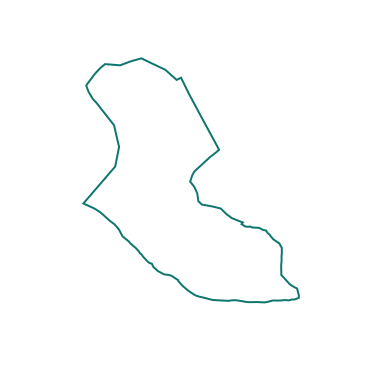 outline of Funakaye, Gombe, Nigeria, rotated 128°
{"feature_id": "59680162B83394095212312", "entity_name": "Funakaye", "entity_type": "district", "adm_level": 2, "iso_a3": "NGA", "parent_name": "Nigeria", "parent_adm1": "Gombe", "projection": "natural_earth1", "projection_center": [11.4, 10.81], "detail": "fine", "context": "isolated", "style": "outline", "palette": "teal", "viewbox_px": 384, "rotation_deg": 128, "n_neighbors": 0, "source": "geoboundaries", "source_scale": "gbopen_adm2", "svg_char_len": 2180}
<svg xmlns="http://www.w3.org/2000/svg" viewBox="0 0 384 384"><g transform="rotate(128 192 192)"><path d="M245.5,82.1L244.2,79.9L238.0,72.1L235.9,69.0L234.2,66.7L231.8,64.6L228.0,61.8L224.7,57.5L221.6,53.9L220.0,52.3L217.7,48.9L215.4,47.2L213.3,44.8L212.2,44.2L209.6,42.7L208.2,43.7L208.0,43.8L203.4,49.7L204.4,55.7L204.4,58.7L203.1,66.0L202.4,70.5L198.0,74.1L194.6,76.8L191.0,79.1L187.1,82.2L185.8,82.9L181.0,86.6L180.8,86.7L179.7,89.3L178.8,91.4L179.2,98.4L179.2,98.9L178.5,102.3L178.3,103.3L177.9,104.1L177.8,104.8L177.8,107.0L176.8,109.9L178.3,113.2L178.9,117.0L182.6,122.3L183.7,125.3L185.0,126.5L186.4,128.9L186.8,133.2L184.7,133.2L185.4,135.4L185.4,135.5L187.0,140.9L188.0,144.3L188.1,144.5L188.1,145.0L188.1,147.7L188.2,149.3L188.2,149.6L188.2,151.3L187.6,156.4L187.3,159.1L188.5,161.8L190.6,166.5L191.6,168.5L193.1,171.3L194.7,174.3L195.1,175.2L195.8,176.2L195.4,181.2L189.8,187.1L186.5,193.4L185.0,199.7L184.9,199.7L184.8,199.9L181.4,201.1L179.0,202.0L174.5,202.7L174.4,202.7L170.8,202.2L163.4,200.9L161.8,200.7L157.6,200.0L153.4,199.3L147.0,197.7L146.8,197.6L142.0,196.7L126.4,232.5L119.2,248.8L117.1,253.6L115.0,258.0L108.7,271.0L113.1,273.1L112.7,279.9L112.1,288.1L117.9,314.2L127.2,321.0L136.4,326.6L144.8,339.3L151.1,340.6L156.4,341.1L160.4,341.3L160.6,341.3L162.1,341.2L173.0,341.0L173.6,340.4L176.8,335.0L179.8,327.2L180.6,322.0L187.4,294.5L201.4,277.2L219.2,268.2L229.6,268.7L238.7,269.1L250.5,269.7L257.9,270.0L262.9,270.3L267.9,270.5L265.8,261.7L265.1,258.6L264.5,252.8L264.6,248.2L265.3,239.3L265.2,233.1L266.0,229.0L266.6,226.3L269.7,219.5L269.9,211.2L270.5,208.4L270.5,207.0L270.6,206.5L270.7,202.3L271.4,197.7L272.4,195.0L272.2,193.6L273.1,190.6L273.4,188.7L274.0,185.0L274.2,182.0L273.2,179.5L274.1,177.8L274.2,177.5L274.9,176.1L275.3,170.2L274.2,163.5L271.9,159.6L270.6,156.6L270.5,155.0L270.4,153.3L270.2,151.2L270.0,148.7L270.7,147.8L271.1,145.4L271.7,142.1L272.1,134.7L271.9,132.0L271.7,128.6L271.4,126.2L271.4,125.8L270.0,121.9L267.3,116.1L266.5,114.2L265.3,111.3L264.4,109.4L263.6,108.1L262.6,106.7L261.8,105.5L261.5,105.1L259.7,102.5L255.3,96.2L252.4,93.5L249.7,89.9L248.2,87.1L245.5,82.1Z" fill="none" stroke="#0f766e" stroke-width="2"/></g></svg>